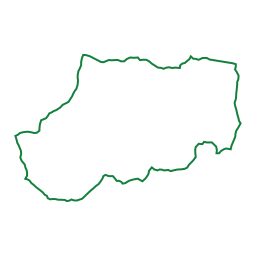 outline of Leme, São Paulo, Brazil
{"feature_id": "56859067B93038120978051", "entity_name": "Leme", "entity_type": "district", "adm_level": 2, "iso_a3": "BRA", "parent_name": "Brazil", "parent_adm1": "São Paulo", "projection": "mercator", "projection_center": [-47.339, -22.177], "detail": "fine", "context": "isolated", "style": "outline", "palette": "green", "viewbox_px": 256, "rotation_deg": 0, "n_neighbors": 0, "source": "geoboundaries", "source_scale": "gbopen_adm2", "svg_char_len": 2389}
<svg xmlns="http://www.w3.org/2000/svg" viewBox="0 0 256 256"><path d="M232.9,63.3L209.5,59.5L206.7,57.9L202.5,58.0L198.7,59.8L196.2,59.0L193.1,58.6L190.8,56.4L189.6,58.9L186.8,61.3L184.8,63.0L182.2,63.6L180.2,65.4L179.8,68.0L175.4,67.6L172.3,68.0L169.0,67.3L166.1,67.7L163.5,68.8L161.5,67.9L157.9,67.6L155.4,65.9L152.0,63.8L149.1,61.3L146.3,59.8L143.3,59.7L140.0,60.1L137.8,57.5L134.0,57.8L130.3,57.5L126.8,59.0L124.2,61.3L121.1,61.3L117.8,60.0L114.3,60.1L111.5,60.3L109.0,60.0L106.6,60.9L103.6,62.2L101.0,62.0L89.8,56.2L86.0,55.1L83.2,54.9L81.9,58.3L81.2,61.6L81.1,65.3L79.8,68.5L78.5,70.9L77.8,74.3L77.6,77.3L78.0,80.4L77.6,84.8L76.4,88.8L74.6,91.2L73.1,94.0L72.1,96.3L70.2,99.2L68.6,101.8L66.5,103.0L64.3,104.0L62.4,105.1L60.2,107.5L56.2,110.1L53.7,111.1L51.4,112.5L49.3,113.4L48.0,115.7L46.1,118.2L41.1,120.3L39.9,124.5L39.5,127.8L39.4,130.7L36.7,132.8L34.1,133.0L30.5,132.1L27.5,131.7L23.0,132.2L19.9,133.1L17.8,134.8L15.4,135.9L16.6,139.8L17.3,142.8L18.5,145.0L20.8,150.4L21.2,153.9L20.3,157.6L21.7,160.9L24.7,164.5L25.5,167.8L26.6,170.0L27.1,173.0L27.0,175.8L25.3,178.8L27.6,179.4L29.5,180.6L31.5,183.2L33.8,185.0L36.4,187.4L40.2,190.3L42.8,192.4L44.7,194.7L46.9,195.9L47.8,198.2L50.1,199.3L52.7,199.0L55.6,199.1L58.1,199.7L62.3,199.8L65.0,200.0L66.9,201.1L69.4,200.6L71.6,199.5L73.8,200.4L76.8,200.5L82.2,198.7L89.5,191.7L91.7,189.7L93.6,188.2L95.8,186.1L98.7,184.0L100.7,181.3L102.5,178.5L103.4,176.1L105.4,174.9L108.8,176.1L112.9,176.1L115.3,179.0L116.7,180.9L118.9,180.8L121.2,181.8L122.7,183.6L125.3,183.1L129.0,180.8L133.2,179.5L137.8,178.7L142.4,181.3L145.8,178.1L147.3,175.9L148.5,173.8L149.1,170.7L151.8,167.4L154.4,169.5L157.5,170.4L159.6,169.5L161.9,169.7L164.1,170.4L168.3,170.0L170.7,171.1L173.7,170.3L177.5,169.5L180.5,169.4L184.5,168.9L187.2,167.6L189.0,164.7L192.9,160.8L195.7,157.1L195.3,152.7L195.2,149.7L195.7,147.1L198.7,143.8L202.4,144.1L204.0,141.9L207.3,142.5L211.8,142.4L213.8,144.3L216.2,146.6L216.9,150.3L216.5,153.2L219.0,153.3L221.0,151.0L223.6,149.4L226.0,148.5L228.4,148.9L230.7,149.3L231.5,145.7L234.3,139.1L235.3,136.4L235.5,133.4L236.3,130.7L238.5,127.2L240.6,123.4L239.1,120.9L238.2,117.3L237.2,113.9L236.4,110.0L235.0,105.3L234.6,102.6L235.5,100.2L236.1,97.4L236.2,94.0L236.6,90.3L236.9,87.9L237.2,84.7L237.2,82.0L238.3,79.3L238.6,75.7L236.9,72.3L235.0,69.3L235.8,66.8L235.8,64.2L232.9,63.3Z" fill="none" stroke="#15803d" stroke-width="2"/></svg>